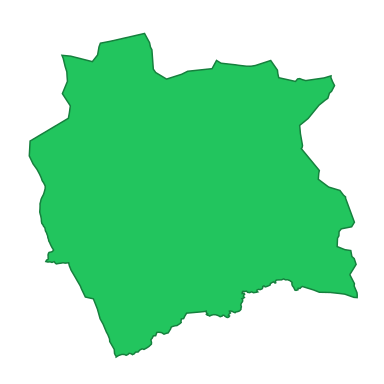 the district of Warji, Bauchi, Nigeria, rotated 177°
{"feature_id": "59680162B82946706311025", "entity_name": "Warji", "entity_type": "district", "adm_level": 2, "iso_a3": "NGA", "parent_name": "Nigeria", "parent_adm1": "Bauchi", "projection": "mercator", "projection_center": [9.757, 11.144], "detail": "fine", "context": "isolated", "style": "filled", "palette": "green", "viewbox_px": 384, "rotation_deg": 177, "n_neighbors": 0, "source": "geoboundaries", "source_scale": "gbopen_adm2", "svg_char_len": 3985}
<svg xmlns="http://www.w3.org/2000/svg" viewBox="0 0 384 384"><g transform="rotate(177 192 192)"><path d="M32.6,77.9L32.4,80.3L32.5,82.8L34.0,86.9L35.0,89.7L34.6,92.0L38.6,100.9L38.5,101.6L35.0,106.6L31.9,111.1L33.5,117.0L35.7,119.2L36.5,125.2L42.3,126.4L49.9,129.9L49.1,138.3L47.6,140.5L47.2,144.8L44.8,147.4L34.4,148.9L31.4,153.3L39.0,177.8L38.9,179.0L40.9,180.9L44.2,185.8L55.3,189.8L65.2,198.1L64.4,204.2L63.7,206.8L80.6,229.6L79.8,230.5L79.2,232.5L80.7,244.6L80.7,245.0L81.0,252.9L72.2,259.3L60.6,272.1L54.0,276.9L51.5,278.4L50.5,281.0L49.6,283.5L47.4,285.2L44.1,290.8L45.9,294.9L47.3,299.0L47.1,300.7L54.1,299.0L72.6,297.3L74.7,298.0L75.9,298.4L78.5,299.6L80.6,299.4L82.9,297.0L99.4,301.6L100.1,305.8L100.3,309.2L106.5,319.2L122.1,315.0L126.5,314.5L131.2,314.8L138.9,316.1L141.7,316.7L156.3,319.1L160.6,322.1L165.5,314.1L190.0,312.8L196.2,310.1L211.5,306.1L222.0,313.2L224.2,316.7L224.6,336.1L225.9,338.9L226.6,343.4L229.1,348.6L231.1,352.8L265.6,346.8L275.7,345.4L277.3,341.7L279.1,333.8L284.7,327.4L306.0,334.0L314.7,335.3L313.6,332.1L312.1,324.0L310.7,318.5L310.7,314.4L310.6,309.0L316.3,297.0L309.0,284.4L310.3,277.5L310.5,276.6L311.6,272.1L351.0,251.4L352.6,236.5L349.2,228.3L345.6,222.7L343.2,217.6L341.8,214.0L341.0,211.1L339.6,208.8L339.2,207.8L338.3,205.7L338.4,203.3L338.8,202.0L339.6,199.5L340.5,197.2L342.0,194.7L343.1,192.6L343.7,190.3L344.4,188.1L344.4,186.7L344.7,183.1L345.1,180.0L344.8,178.2L344.3,176.0L343.9,173.0L343.9,170.5L343.6,168.5L342.5,166.9L342.2,165.9L340.8,163.9L340.5,161.8L340.4,160.9L339.4,158.8L339.0,157.2L338.5,155.9L338.3,153.8L337.8,152.3L337.6,150.6L336.8,149.0L336.2,147.3L335.4,145.4L334.6,143.7L333.8,142.3L333.3,141.3L333.9,140.5L334.9,139.7L336.7,139.3L337.8,139.2L338.5,138.4L339.1,136.6L339.0,135.7L339.1,133.9L339.0,132.8L339.6,132.1L340.8,131.6L341.6,130.2L339.6,129.6L337.4,129.7L335.5,129.0L333.3,129.7L332.5,128.5L331.9,127.8L331.2,127.3L329.1,127.6L326.5,127.8L324.5,128.1L322.3,127.6L318.9,127.8L318.3,124.5L317.5,122.3L316.9,120.4L312.7,112.3L311.3,109.5L308.5,104.1L307.8,102.1L307.7,101.6L304.0,92.7L296.1,90.5L294.8,86.7L293.7,83.4L292.5,79.8L292.3,78.7L291.8,76.6L290.4,70.2L287.7,64.7L284.8,56.6L283.5,53.9L282.1,49.8L282.0,48.2L282.0,47.0L280.6,44.3L277.9,38.9L277.8,34.8L277.1,33.1L276.4,32.1L276.4,31.2L273.8,32.6L270.5,33.5L268.0,33.3L266.3,32.4L264.5,33.1L263.3,34.2L261.2,33.7L260.0,32.7L258.1,33.5L256.8,35.0L254.1,35.1L252.6,36.8L251.1,37.5L250.0,38.0L248.2,37.3L245.3,38.7L243.2,39.9L240.5,42.2L240.3,43.9L240.8,46.6L239.4,48.1L238.1,50.4L235.8,50.4L234.5,53.6L232.6,53.7L229.8,53.2L227.4,51.5L225.5,52.1L223.1,52.6L222.4,53.7L220.5,56.4L220.0,57.9L218.9,58.6L216.0,59.3L214.0,59.4L211.1,61.1L209.6,62.3L209.8,63.6L209.2,65.8L207.0,66.0L205.7,68.4L203.7,71.3L189.6,71.8L186.2,72.0L184.0,72.3L184.0,70.8L182.9,69.6L184.0,69.1L183.2,68.2L182.1,68.0L180.9,67.2L179.3,67.9L177.1,68.4L174.8,68.2L172.2,67.2L170.4,66.0L168.4,66.5L167.5,67.4L166.4,67.1L165.5,66.1L163.8,65.0L162.8,64.8L161.7,65.3L161.0,66.2L162.1,67.1L161.3,68.2L159.9,69.2L160.8,70.1L160.9,71.1L159.6,71.1L158.1,70.7L157.0,70.0L155.3,69.2L154.4,69.9L152.4,70.2L150.9,70.7L149.8,71.6L149.1,72.6L149.3,73.6L148.7,74.6L148.8,75.6L149.3,76.5L148.8,77.7L148.3,78.8L147.5,79.6L147.1,80.5L147.1,82.1L147.7,82.9L146.3,83.3L145.2,83.9L146.1,85.1L145.6,86.5L144.8,87.2L145.5,88.2L147.2,88.0L147.0,89.4L146.3,90.2L144.8,89.9L142.8,90.1L141.7,88.9L139.7,88.5L137.7,89.2L135.9,88.2L133.0,88.5L131.6,88.8L132.4,89.5L132.2,90.7L130.6,91.3L129.1,90.9L127.1,91.6L126.3,92.8L126.3,93.9L125.1,94.5L123.9,93.4L122.4,93.7L120.6,94.3L118.9,95.0L118.5,96.4L117.0,97.3L115.3,98.0L113.8,96.7L113.1,97.0L113.4,98.4L112.5,99.6L110.8,99.7L107.2,99.6L105.0,100.4L103.3,99.4L101.1,99.4L98.9,98.4L96.8,96.5L97.1,95.0L96.7,93.2L95.6,91.6L94.8,89.9L94.5,88.8L93.3,88.3L91.3,88.8L91.1,90.2L89.1,90.1L88.3,91.0L86.8,91.9L75.7,87.8L70.0,85.2L68.2,85.1L58.6,84.4L58.3,84.3L49.7,82.9L44.8,82.0L43.8,81.6L35.8,78.3L32.6,77.9Z" fill="#22c55e" stroke="#15803d" stroke-width="1.5"/></g></svg>